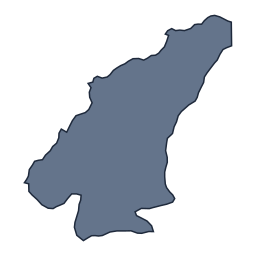 the district of Cubatão, São Paulo, Brazil
{"feature_id": "56859067B74621499871087", "entity_name": "Cubatão", "entity_type": "district", "adm_level": 2, "iso_a3": "BRA", "parent_name": "Brazil", "parent_adm1": "São Paulo", "projection": "natural_earth1", "projection_center": [-46.406, -23.861], "detail": "fine", "context": "isolated", "style": "filled", "palette": "slate", "viewbox_px": 256, "rotation_deg": 0, "n_neighbors": 0, "source": "geoboundaries", "source_scale": "gbopen_adm2", "svg_char_len": 1795}
<svg xmlns="http://www.w3.org/2000/svg" viewBox="0 0 256 256"><path d="M231.6,45.8L231.3,22.1L227.8,21.0L224.5,19.3L219.8,16.9L214.7,15.4L210.8,16.0L207.8,17.6L204.4,20.6L201.6,24.2L198.0,24.1L194.6,24.6L190.7,28.5L184.5,30.6L179.8,30.1L175.6,30.6L171.7,28.6L167.7,30.7L165.3,34.1L168.6,35.4L166.7,41.3L164.4,46.9L161.2,50.1L158.7,53.2L155.5,55.2L151.3,55.5L147.3,58.3L143.7,60.1L138.7,58.5L133.0,58.7L128.4,61.2L124.9,63.8L120.7,65.6L116.8,68.0L113.4,70.4L110.1,74.6L107.2,77.0L102.1,78.1L97.3,76.3L93.9,78.3L92.8,82.1L88.1,83.4L91.0,87.7L89.3,92.2L89.7,97.3L92.1,102.8L88.8,109.5L85.3,112.6L80.7,114.1L76.0,115.7L72.5,120.5L70.0,125.4L66.7,132.2L61.3,129.1L59.0,133.2L58.8,137.8L56.6,143.2L52.7,146.5L50.3,150.7L45.5,155.1L42.5,159.7L38.3,160.3L34.6,161.3L32.5,165.0L29.3,169.6L28.4,176.1L26.6,179.5L24.4,182.7L28.7,183.8L28.9,191.4L32.1,195.0L37.2,199.6L41.8,204.7L48.1,208.2L53.1,208.6L56.2,206.7L60.1,205.1L64.0,203.4L67.6,198.6L71.7,193.9L76.5,193.9L81.1,195.2L80.7,200.1L79.1,204.4L78.5,210.8L75.0,222.3L74.4,227.3L76.8,235.3L83.4,240.6L88.1,237.7L91.6,235.7L95.1,235.6L98.6,236.0L102.4,235.5L110.0,232.0L117.0,230.9L125.2,230.9L131.0,230.8L137.4,233.1L141.7,233.3L148.8,231.5L153.4,231.6L151.6,225.8L147.0,221.0L141.1,217.9L136.5,215.6L135.1,211.8L141.3,208.4L149.4,208.6L152.8,207.6L156.4,206.7L160.6,205.6L166.7,204.2L172.6,202.1L174.7,198.6L172.7,194.9L169.7,191.9L166.6,187.7L165.3,184.0L164.7,176.9L164.7,172.1L165.8,167.4L167.3,162.3L167.2,157.3L165.6,150.7L166.7,142.3L167.4,138.3L172.5,133.5L174.1,126.8L176.5,121.8L178.2,115.8L181.4,111.5L185.5,107.9L188.7,105.0L195.1,101.1L197.2,97.4L198.5,92.7L201.0,87.6L203.6,82.5L204.4,77.0L207.1,72.8L211.4,67.1L214.6,62.9L217.2,60.1L220.0,54.2L223.0,49.5L226.6,47.7L231.6,45.8Z" fill="#64748b" stroke="#1e293b" stroke-width="1.5"/></svg>